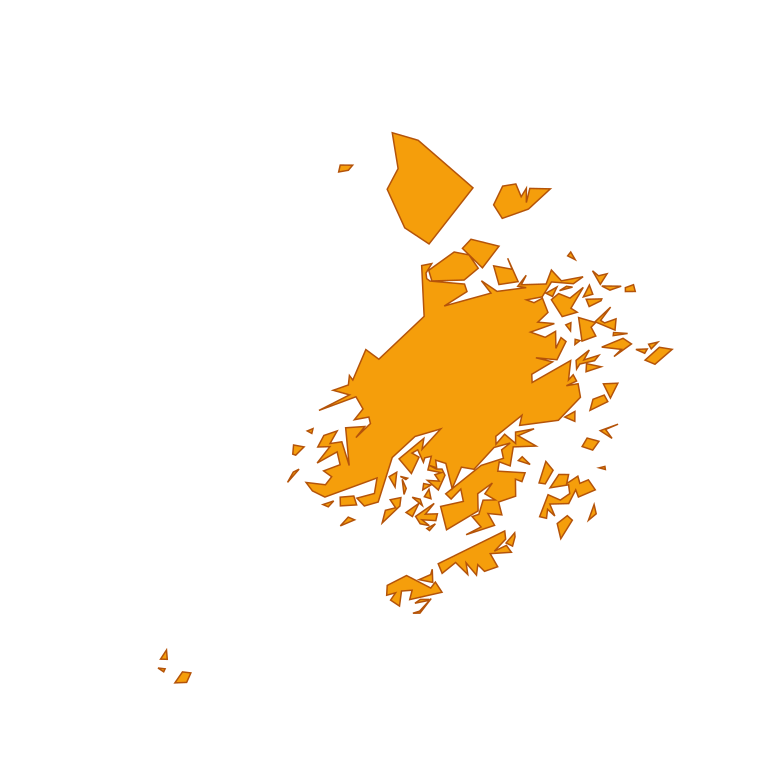 Cat Hai, Quảng Ninh, Vietnam, rotated 76°
{"feature_id": "81297802B5756602808944", "entity_name": "Cat Hai", "entity_type": "district", "adm_level": 2, "iso_a3": "VNM", "parent_name": "Vietnam", "parent_adm1": "Quảng Ninh", "projection": "equal_earth", "projection_center": [107.044, 20.763], "detail": "fine", "context": "isolated", "style": "filled", "palette": "amber", "viewbox_px": 768, "rotation_deg": 76, "n_neighbors": 0, "source": "geoboundaries", "source_scale": "gbopen_adm2", "svg_char_len": 6230}
<svg xmlns="http://www.w3.org/2000/svg" viewBox="0 0 768 768"><g transform="rotate(76 384 384)"><path d="M328.1,164.9L326.8,186.9L313.9,194.0L326.2,202.5L320.9,226.8L312.9,219.7L321.6,230.6L324.9,222.7L321.5,251.9L307.4,264.5L321.7,258.2L322.9,306.7L314.4,281.1L306.5,281.7L295.3,314.4L292.1,317.1L286.5,316.4L278.7,308.5L278.2,318.8L328.1,328.7L358.7,383.0L346.2,393.3L372.6,413.3L367.4,415.5L376.3,418.8L377.8,434.9L386.2,420.1L393.9,453.5L389.6,414.3L403.1,410.4L411.5,421.4L412.4,406.7L419.1,406.7L429.2,424.2L420.6,412.9L417.2,431.8L454.7,437.5L429.9,438.9L428.7,450.8L418.2,440.8L419.4,454.8L429.1,463.5L431.7,451.6L444.5,468.0L438.5,445.9L451.7,446.1L453.7,463.6L461.3,457.2L467.6,465.2L460.7,483.4L470.4,479.3L479.4,468.7L473.5,413.5L487.9,419.8L488.2,437.9L497.6,432.6L497.1,418.2L457.3,393.8L442.4,366.6L441.3,339.8L456.5,362.8L446.4,358.5L460.3,387.5L477.5,379.1L463.5,367.7L457.8,373.6L456.0,367.2L469.5,364.7L465.5,362.3L465.6,355.6L478.0,362.2L483.9,349.9L484.3,356.6L491.6,353.9L488.0,365.2L500.0,356.9L487.3,346.9L480.6,348.3L479.2,353.7L473.9,359.7L478.1,353.2L470.4,352.3L476.0,343.2L501.9,343.2L483.4,329.0L488.5,317.3L472.2,292.6L471.8,275.8L476.3,285.8L485.0,286.1L486.5,309.4L505.5,350.7L511.9,346.7L504.5,334.9L517.1,335.4L516.5,358.7L540.6,358.6L529.9,323.4L513.1,319.6L506.3,302.8L514.9,312.7L523.4,304.1L520.7,316.0L533.4,323.5L534.0,330.5L546.2,324.4L550.1,340.8L547.9,310.9L534.8,314.5L539.5,301.3L526.2,301.4L524.7,283.4L508.1,279.5L512.1,273.8L504.3,268.6L496.1,294.7L487.4,291.0L494.0,281.4L476.3,273.8L481.0,251.4L466.6,266.4L463.8,249.2L462.5,268.0L473.5,270.7L461.9,279.1L469.5,289.9L461.8,288.2L447.7,257.7L457.0,262.4L461.4,223.6L444.4,196.6L430.7,195.6L429.8,207.5L427.7,196.4L420.8,198.2L424.7,204.0L406.4,197.2L418.4,239.9L410.3,238.3L403.3,215.1L395.3,230.3L402.3,210.3L386.8,197.1L381.8,201.0L391.0,208.6L374.4,204.8L377.7,216.3L369.1,229.3L366.6,204.1L361.2,219.8L354.2,207.6L339.1,209.5L341.4,218.8L336.8,225.5L337.7,209.5L325.5,196.8L332.5,176.0L328.1,164.9ZM142.2,315.2L178.4,318.2L195.8,333.8L237.5,326.1L259.0,306.4L215.2,250.2L155.8,291.9L142.2,315.2ZM578.1,301.1L570.2,304.3L572.9,317.4L564.0,303.5L555.8,302.4L571.5,374.9L581.8,373.4L574.5,357.7L589.1,348.8L577.4,347.6L591.8,340.5L582.0,336.7L590.1,331.8L588.8,317.9L574.3,322.0L578.1,301.1ZM249.2,201.5L234.9,175.4L229.5,195.2L242.4,202.0L228.5,198.5L235.5,205.6L221.8,207.7L220.7,221.0L236.7,234.3L251.9,229.2L249.2,201.5ZM302.5,281.1L294.5,264.6L279.3,270.3L272.9,284.0L284.5,313.1L295.6,312.6L302.5,281.1ZM600.1,378.1L588.6,382.1L593.3,388.0L575.3,408.5L580.2,429.6L589.6,432.5L589.4,423.3L595.3,429.9L603.2,422.7L589.1,417.1L590.9,406.6L599.4,411.2L600.1,378.1ZM537.8,204.6L526.4,208.9L527.8,218.0L520.3,218.2L524.8,230.8L516.5,226.8L514.1,236.2L524.9,248.0L526.5,229.3L535.3,230.3L539.3,241.0L531.1,251.6L550.4,265.1L553.6,258.8L545.1,255.6L553.4,250.2L540.6,252.2L544.7,233.7L533.1,223.6L540.7,222.7L537.8,204.6ZM295.1,260.4L278.1,239.1L264.6,264.6L271.4,275.1L295.1,260.4ZM387.6,146.8L376.9,143.1L378.1,155.2L374.7,158.4L364.2,145.5L375.0,164.8L366.6,179.1L390.3,181.5L388.7,166.9L379.0,169.3L375.3,163.3L387.6,146.8ZM338.5,167.3L345.7,182.8L338.5,192.7L342.7,201.2L361.7,194.8L361.1,179.2L355.7,184.3L338.5,167.3ZM317.1,229.1L291.9,233.6L303.7,231.9L295.9,249.0L315.3,248.4L317.1,229.1ZM512.0,364.2L520.1,385.4L528.4,382.7L532.4,374.3L524.9,380.0L529.1,366.8L522.9,363.6L520.3,375.4L512.0,364.2ZM405.0,134.2L397.5,141.0L400.9,163.8L407.8,145.3L413.0,154.2L405.0,134.2ZM430.4,116.3L420.1,96.0L415.0,107.9L424.0,124.9L430.4,116.3ZM508.6,240.8L498.3,245.7L517.5,257.5L519.9,251.7L508.6,240.8ZM412.3,174.0L408.1,168.5L409.0,184.3L400.7,176.6L407.6,191.9L416.1,193.5L412.0,189.2L412.3,174.0ZM455.2,171.1L448.0,173.0L449.4,184.9L459.4,190.5L455.2,171.1ZM576.9,249.9L561.7,234.2L556.1,238.0L561.3,249.7L576.9,249.9ZM498.3,395.1L497.8,406.0L506.9,402.7L506.9,413.2L518.4,419.4L506.3,398.2L498.3,395.1ZM452.4,167.7L439.8,156.9L436.9,171.1L452.4,167.7ZM481.7,180.0L479.6,166.6L481.6,185.5L491.9,175.9L481.7,180.0ZM491.6,189.3L485.6,200.0L492.6,206.9L498.6,197.5L491.6,189.3ZM341.6,149.0L347.6,142.1L346.5,130.2L341.6,149.0ZM625.8,647.7L617.6,641.3L614.6,649.2L623.4,659.2L625.8,647.7ZM494.7,439.8L485.4,440.4L483.2,453.9L491.7,455.8L494.7,439.8ZM425.7,476.8L421.3,486.5L430.0,489.5L431.7,486.9L425.7,476.8ZM514.0,393.7L519.5,388.5L508.3,379.1L514.0,393.7ZM331.0,140.9L330.9,149.7L324.6,154.3L339.6,150.0L331.0,140.9ZM459.8,216.6L466.4,207.9L456.8,205.4L459.8,216.6ZM167.3,376.7L168.0,366.9L164.1,361.5L161.0,373.5L167.3,376.7ZM486.7,398.2L472.7,393.0L475.2,401.5L486.7,398.2ZM588.3,384.7L575.4,382.0L580.2,384.8L582.3,397.3L588.3,384.7ZM339.9,199.3L331.7,192.7L335.1,204.9L339.9,199.3ZM421.0,185.0L419.8,169.2L413.3,182.6L421.0,185.0ZM615.0,404.5L603.6,390.1L613.0,404.4L613.4,411.4L615.0,404.5ZM490.8,272.2L497.4,261.7L488.0,267.5L490.8,272.2ZM572.4,298.5L563.9,293.8L560.0,293.2L567.8,304.0L572.4,298.5ZM355.0,117.8L348.0,117.9L348.9,126.5L352.7,127.4L355.0,117.8ZM358.5,166.2L355.7,153.3L354.1,152.1L350.7,167.3L358.5,166.2ZM561.3,209.5L551.8,209.3L565.7,218.6L561.3,209.5ZM604.2,407.0L604.8,393.1L603.8,392.8L601.8,400.8L604.2,407.0ZM490.7,387.7L480.9,389.4L496.0,391.3L490.7,387.7ZM506.7,366.2L497.0,365.8L503.1,372.1L506.7,366.2ZM537.2,375.3L532.1,368.0L534.6,377.4L537.2,375.3ZM414.6,116.2L409.6,108.1L409.4,117.6L414.6,116.2ZM335.9,191.1L335.6,177.6L333.3,183.3L335.9,191.1ZM504.5,376.8L500.7,384.0L511.2,376.2L504.5,376.8ZM456.1,501.4L446.1,487.0L447.5,493.3L456.1,501.4ZM392.5,149.9L393.9,135.4L389.6,148.8L392.5,149.9ZM511.1,460.7L508.7,445.4L504.5,450.9L511.1,460.7ZM411.4,131.2L417.3,123.6L413.7,120.1L411.4,131.2ZM377.6,190.2L369.7,187.8L370.6,193.3L377.6,190.2ZM347.7,169.5L347.4,159.7L337.7,160.8L347.7,169.5ZM309.6,168.4L301.1,170.9L304.1,174.8L309.6,168.4ZM598.7,660.9L589.5,659.4L596.9,667.4L598.7,660.9ZM604.9,672.0L610.0,667.4L607.4,665.3L604.9,672.0ZM386.9,187.7L391.9,189.2L389.3,183.3L386.9,187.7ZM481.1,383.9L477.6,390.5L482.0,385.9L481.1,383.9ZM496.1,372.0L493.4,363.0L490.2,369.6L496.1,372.0ZM489.7,467.8L485.3,461.1L486.2,472.4L489.7,467.8ZM517.4,189.6L517.4,195.5L520.5,189.9L517.4,189.6ZM411.0,469.8L414.5,466.0L410.1,463.7L411.0,469.8Z" fill="#f59e0b" stroke="#b45309" stroke-width="1.5"/></g></svg>